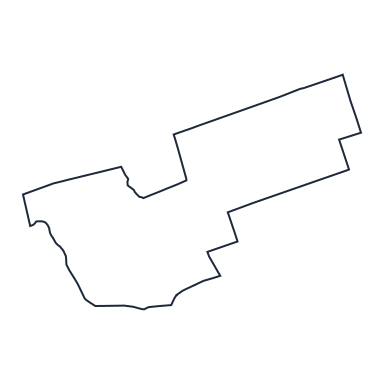 the district of Slobozia Mandra, Teleorman, Romania
{"feature_id": "2599482B21797470887303", "entity_name": "Slobozia Mandra", "entity_type": "district", "adm_level": 2, "iso_a3": "ROU", "parent_name": "Romania", "parent_adm1": "Teleorman", "projection": "orthographic", "projection_center": [24.681, 43.937], "detail": "fine", "context": "isolated", "style": "outline", "palette": "slate", "viewbox_px": 384, "rotation_deg": 0, "n_neighbors": 0, "source": "geoboundaries", "source_scale": "gbopen_adm2", "svg_char_len": 1408}
<svg xmlns="http://www.w3.org/2000/svg" viewBox="0 0 384 384"><path d="M124.4,305.6L125.5,305.8L132.8,306.7L135.6,307.4L138.4,308.2L141.9,309.1L144.2,309.3L147.5,307.6L149.0,307.1L158.6,306.1L171.2,305.1L173.2,300.8L174.5,298.1L175.8,296.0L176.8,295.2L176.6,294.9L179.6,292.9L182.5,290.8L187.2,288.5L203.6,280.8L212.7,278.2L220.2,275.8L209.1,256.5L207.4,251.9L237.5,241.5L235.2,234.2L227.8,212.3L253.0,203.0L348.7,169.7L349.0,169.5L339.1,139.6L361.0,132.7L356.1,117.3L350.5,101.0L342.7,74.7L342.4,74.9L303.7,88.1L300.3,88.8L278.6,97.3L199.8,125.2L191.2,128.4L179.3,132.5L173.7,134.5L175.9,141.7L178.0,148.9L186.2,178.4L186.4,180.4L177.1,184.5L166.8,188.6L160.3,191.3L150.0,195.4L143.4,198.1L141.7,197.2L139.5,196.9L136.7,194.2L134.8,192.0L133.7,189.8L127.7,185.4L127.4,182.2L128.2,178.9L125.3,175.0L122.6,169.6L121.2,166.8L66.7,180.1L63.8,180.9L59.3,182.0L53.5,183.4L23.0,194.5L26.5,209.8L30.2,226.0L32.7,225.1L33.7,224.5L34.9,223.3L36.0,221.7L36.7,221.4L37.9,221.3L39.3,221.3L41.4,221.3L43.3,221.6L44.9,222.2L46.3,223.4L47.7,225.2L48.5,226.7L49.2,228.5L49.5,230.2L49.9,232.3L50.1,232.9L50.2,233.3L50.4,233.8L52.2,237.0L52.6,237.3L55.7,242.8L58.0,245.2L59.8,246.3L61.3,248.2L63.2,250.4L65.8,256.0L66.1,258.4L66.4,264.6L69.4,270.4L74.9,279.2L77.8,284.1L80.1,288.9L84.8,298.7L86.8,300.4L89.6,302.3L90.8,303.1L93.3,304.7L95.3,306.0L105.8,305.9L124.4,305.6Z" fill="none" stroke="#1e293b" stroke-width="2"/></svg>